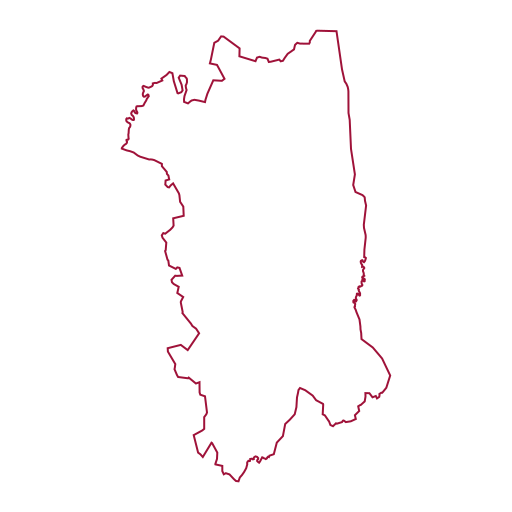 Gamawa, Bauchi, Nigeria (Equal Earth projection)
{"feature_id": "59680162B43637132059207", "entity_name": "Gamawa", "entity_type": "district", "adm_level": 2, "iso_a3": "NGA", "parent_name": "Nigeria", "parent_adm1": "Bauchi", "projection": "equal_earth", "projection_center": [10.6, 12.017], "detail": "fine", "context": "isolated", "style": "outline", "palette": "rose", "viewbox_px": 512, "rotation_deg": 0, "n_neighbors": 0, "source": "geoboundaries", "source_scale": "gbopen_adm2", "svg_char_len": 6005}
<svg xmlns="http://www.w3.org/2000/svg" viewBox="0 0 512 512"><path d="M363.8,274.0L363.7,273.1L363.0,271.1L363.0,270.2L363.1,269.7L364.1,268.3L364.3,268.0L364.1,267.4L363.2,266.6L362.1,266.9L362.1,264.7L361.5,264.1L360.8,262.7L360.9,262.1L360.7,261.5L360.9,260.9L361.8,260.3L362.4,260.2L362.6,260.4L362.7,260.9L363.2,261.8L364.0,262.2L365.0,260.9L365.6,259.1L365.9,258.0L365.1,257.3L364.2,257.1L364.4,249.7L365.7,237.8L365.7,236.0L365.6,234.9L364.0,227.9L363.8,224.8L366.1,205.5L365.0,200.8L364.7,197.5L364.4,196.9L362.5,195.1L355.5,192.0L353.2,185.0L354.9,174.4L351.0,148.9L349.7,119.9L348.5,113.0L348.4,91.4L348.2,89.3L347.7,86.9L346.3,83.7L344.7,81.4L342.0,69.3L336.5,31.2L317.3,30.7L316.2,30.9L315.7,31.9L309.8,40.9L309.8,42.5L309.1,43.7L300.0,43.6L297.3,42.8L295.2,44.7L295.0,45.0L294.0,49.4L287.7,53.8L284.8,57.8L282.9,60.8L280.7,61.3L279.3,59.6L270.9,61.7L268.8,62.0L267.5,58.7L265.4,58.0L262.0,57.6L259.6,56.8L257.0,57.6L255.5,61.2L239.4,56.3L239.6,48.4L223.6,36.6L221.1,36.4L218.1,40.7L214.3,42.8L210.9,59.5L209.9,63.4L217.0,64.9L224.5,78.8L221.9,80.8L213.3,80.3L207.4,93.7L205.5,99.7L205.0,102.1L198.9,100.6L194.4,99.8L191.6,100.5L190.2,101.5L188.0,103.4L184.1,101.9L184.0,99.2L184.5,96.0L186.6,90.0L186.1,88.5L185.8,86.8L185.7,85.5L186.4,84.1L187.0,82.2L186.9,79.1L186.6,78.3L185.4,77.0L184.7,76.0L180.1,75.6L178.7,77.7L181.6,84.7L182.6,90.4L181.3,92.2L178.2,93.4L177.5,93.1L173.8,81.1L172.4,73.2L169.4,72.0L166.5,75.0L161.4,78.6L162.3,80.5L156.6,83.0L154.7,82.9L152.8,83.4L152.9,84.8L152.3,86.0L151.1,86.7L149.1,87.6L148.3,87.7L146.2,87.0L143.6,85.9L143.0,86.2L142.5,87.0L142.7,88.4L143.3,89.2L143.9,91.0L142.9,93.3L142.8,94.6L143.1,95.9L143.8,96.7L144.7,96.7L147.7,94.5L148.3,94.7L148.6,95.5L148.7,96.4L148.2,96.8L147.8,97.6L146.9,98.7L146.2,100.5L144.7,102.9L143.4,105.5L142.4,105.9L141.3,106.1L140.3,106.1L139.0,106.2L137.2,106.2L136.5,106.5L136.1,108.0L136.1,109.7L136.6,111.0L137.2,112.0L137.4,112.7L137.2,113.4L136.5,113.4L135.6,113.1L134.8,112.5L134.5,111.9L134.4,111.3L134.0,110.8L133.4,110.4L132.6,111.0L132.1,111.6L131.5,112.4L131.2,113.5L131.7,114.9L132.9,115.9L133.7,117.2L133.9,118.0L134.0,119.4L133.7,120.0L132.8,120.0L131.7,119.5L130.6,118.5L129.3,117.9L128.3,118.5L127.7,118.6L126.9,118.3L126.3,119.0L126.2,120.1L126.5,121.2L127.3,122.0L128.5,122.8L129.4,123.1L130.0,123.8L130.4,124.6L130.4,125.7L130.1,126.8L129.1,128.1L128.8,129.5L128.6,133.1L128.3,134.6L128.5,137.7L128.7,138.8L128.1,139.6L127.2,139.6L126.5,139.9L126.5,140.8L127.0,141.6L127.0,142.3L126.7,143.1L126.0,143.9L124.7,144.7L123.4,145.9L121.9,147.9L121.8,148.6L126.7,150.4L130.1,151.2L133.7,152.5L137.7,155.5L140.2,156.7L149.2,159.5L150.7,159.4L152.4,159.6L154.3,160.1L161.9,163.9L161.9,166.2L166.8,172.0L166.8,173.0L167.0,174.0L168.4,175.5L169.2,179.4L165.6,180.5L165.3,184.6L167.7,187.1L169.1,187.4L170.7,185.4L173.1,183.4L178.9,193.4L179.4,195.2L180.1,201.8L183.3,206.6L183.7,215.8L173.2,218.3L173.6,225.6L172.6,227.3L170.2,229.8L165.2,233.7L163.3,233.1L161.8,235.3L162.5,237.7L166.3,242.6L165.7,250.1L165.1,251.0L167.5,259.7L168.3,260.5L169.0,265.5L175.8,268.9L177.3,267.4L179.5,267.9L182.2,275.6L176.7,275.9L175.2,275.7L171.5,279.8L172.0,282.3L173.7,284.0L178.7,286.8L177.3,293.0L183.2,297.0L180.9,301.4L180.8,302.6L182.7,312.1L182.4,313.1L191.0,323.7L192.4,326.0L196.1,328.7L199.1,333.3L187.7,350.1L180.8,344.9L167.7,348.2L167.9,351.6L175.3,364.1L174.8,367.8L174.5,369.2L177.0,375.1L178.1,377.0L188.1,378.3L188.7,377.6L195.9,383.5L199.5,382.2L199.6,392.5L200.3,394.7L205.0,396.3L207.0,412.5L206.3,414.3L204.2,417.1L204.2,428.9L202.2,430.5L193.7,435.1L198.1,452.6L200.4,454.3L202.8,457.0L211.5,442.7L212.1,443.1L217.3,452.6L217.0,458.9L215.3,464.1L215.4,464.4L222.3,465.9L222.3,471.1L223.8,474.3L225.8,473.2L229.5,474.4L233.9,479.1L236.0,481.0L238.5,481.3L239.8,477.5L242.0,475.0L244.1,472.0L246.2,468.2L247.3,464.1L247.1,463.1L247.3,462.2L248.4,460.8L249.2,461.1L249.9,461.0L250.2,459.8L250.2,459.0L251.8,458.7L252.9,459.4L253.8,459.1L253.7,458.1L254.3,457.1L255.5,456.4L257.1,456.9L258.2,458.1L258.1,459.1L257.3,460.0L257.1,460.9L257.8,461.7L259.1,462.7L260.0,461.5L262.2,457.3L262.8,457.5L263.7,458.2L264.8,458.5L265.8,459.1L266.9,458.4L267.1,457.7L267.9,456.8L268.9,457.1L269.4,455.7L273.8,454.2L276.8,442.6L282.9,436.1L285.2,424.0L289.7,419.8L294.7,414.3L296.4,407.2L297.0,397.4L298.0,392.9L298.5,390.0L300.0,388.0L305.2,390.2L312.7,395.6L316.1,400.2L323.0,403.9L323.2,404.6L322.7,414.3L324.9,415.4L328.7,421.0L329.0,421.2L330.4,425.0L333.0,426.2L336.0,423.3L336.8,423.7L342.0,422.1L342.9,420.7L343.4,420.5L344.2,420.8L345.8,422.1L350.8,421.3L355.8,419.0L354.9,415.2L359.2,411.0L358.2,406.3L360.1,405.1L360.7,405.0L364.7,401.4L365.5,396.6L365.4,393.1L369.4,393.2L372.5,397.3L375.8,396.0L377.0,398.4L379.2,396.9L379.5,395.6L379.4,394.0L381.3,392.7L382.1,392.8L382.7,392.2L386.3,387.8L390.2,375.5L382.1,358.5L372.8,347.5L361.5,339.1L361.2,333.1L360.5,329.3L360.4,326.4L359.5,319.5L356.5,312.2L355.7,309.8L354.8,308.1L354.4,307.1L355.0,306.5L354.9,305.3L355.2,304.4L355.2,303.8L354.7,302.7L354.2,302.7L353.6,302.6L353.4,302.3L353.3,301.1L353.4,300.7L353.8,300.4L354.1,299.9L354.8,300.0L355.1,300.2L355.1,300.7L355.2,301.1L356.1,301.3L356.7,300.1L356.5,299.5L355.8,298.3L355.8,297.9L356.1,296.7L356.8,295.4L356.9,294.9L356.8,294.3L356.9,293.7L357.3,293.6L357.6,293.9L358.1,293.8L358.5,294.1L359.1,295.2L359.5,295.6L359.9,295.5L360.1,295.2L360.1,294.7L360.0,294.2L360.1,293.3L358.9,291.0L358.7,290.4L358.9,289.7L358.3,289.0L358.0,288.5L358.1,288.3L358.7,287.6L358.5,287.2L358.6,286.8L359.5,286.3L360.0,286.4L360.1,286.6L360.4,286.6L361.5,285.9L362.1,285.7L362.3,285.3L362.4,285.0L362.3,284.8L361.7,283.7L361.5,281.8L361.6,281.4L362.1,281.1L362.4,279.4L362.6,279.3L363.2,279.4L363.6,280.4L363.8,281.1L363.9,281.3L364.2,281.4L364.5,281.3L364.7,281.1L364.7,280.8L364.6,280.5L364.8,279.4L364.5,278.9L364.4,278.8L364.0,278.8L363.7,278.5L363.1,277.9L362.2,277.5L362.2,277.3L362.4,276.7L363.3,276.1L364.0,276.0L364.3,275.8L363.7,274.7L363.7,274.3L363.8,274.0Z" fill="none" stroke="#9f1239" stroke-width="2"/></svg>